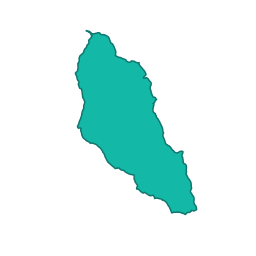 Stanceni, Mures, Romania (orthographic projection), rotated 329°
{"feature_id": "2599482B71478398242388", "entity_name": "Stanceni", "entity_type": "district", "adm_level": 2, "iso_a3": "ROU", "parent_name": "Romania", "parent_adm1": "Mures", "projection": "orthographic", "projection_center": [25.249, 46.944], "detail": "fine", "context": "isolated", "style": "filled", "palette": "teal", "viewbox_px": 256, "rotation_deg": 329, "n_neighbors": 0, "source": "geoboundaries", "source_scale": "gbopen_adm2", "svg_char_len": 5888}
<svg xmlns="http://www.w3.org/2000/svg" viewBox="0 0 256 256"><g transform="rotate(329 128 128)"><path d="M144.7,233.3L145.4,232.0L145.7,231.3L145.8,230.7L146.0,229.9L146.0,229.4L145.6,227.6L145.9,227.0L146.1,225.7L146.4,225.1L147.8,223.4L148.8,221.2L148.8,219.8L148.6,218.8L148.7,218.0L148.6,216.4L148.7,215.2L148.8,214.7L149.1,214.1L149.3,213.8L151.0,212.9L151.5,212.3L151.8,211.7L152.0,210.7L152.7,209.7L153.5,208.1L153.8,207.2L154.0,206.1L154.0,203.7L153.7,201.9L153.7,201.5L154.0,199.1L154.1,198.5L154.0,197.3L154.1,197.1L154.8,196.5L155.6,195.7L155.8,195.3L155.8,194.6L155.9,194.4L158.0,191.7L158.6,189.9L158.6,189.1L158.4,188.4L157.9,187.5L157.4,186.6L157.3,186.2L158.1,185.3L158.3,184.5L158.8,183.6L159.1,182.7L159.3,182.0L159.7,181.5L159.8,180.3L159.7,179.7L159.9,179.4L160.2,179.1L160.9,178.6L162.0,177.7L162.5,177.2L162.9,176.5L162.9,176.3L162.7,176.1L161.4,175.1L159.5,174.8L158.8,174.9L157.4,174.7L156.8,174.4L156.4,174.0L155.7,173.0L155.4,172.4L155.4,172.1L155.3,170.7L154.8,170.0L154.7,169.5L154.6,167.1L154.5,166.1L154.0,164.5L153.4,163.8L153.0,162.7L152.6,162.1L152.4,161.5L152.3,160.4L153.2,156.7L153.6,153.6L154.3,151.9L154.7,151.4L155.8,150.8L156.1,149.7L156.1,149.1L157.3,146.4L157.4,146.0L157.4,145.4L157.7,144.5L157.8,143.9L157.9,143.0L157.9,142.1L158.0,141.4L158.0,140.8L158.2,139.6L158.2,138.9L158.3,138.6L158.2,137.8L158.3,136.9L158.4,135.9L158.2,134.8L158.0,134.2L157.9,133.7L158.0,133.3L158.5,132.3L158.4,131.3L158.4,131.0L158.4,130.6L158.4,130.4L158.8,130.0L158.8,129.6L158.3,128.8L158.2,128.2L158.0,127.8L158.1,126.8L158.2,126.2L158.7,125.1L159.6,124.2L159.6,123.9L160.1,123.4L160.6,123.1L160.7,122.7L161.1,122.5L161.2,122.2L161.8,121.9L162.1,121.3L162.5,120.9L162.3,120.6L162.5,120.2L162.4,120.1L163.9,119.8L164.9,119.0L165.4,118.7L166.3,118.4L167.1,118.3L167.1,117.8L167.0,117.0L167.0,116.1L166.9,115.7L166.6,115.3L165.8,114.8L165.5,114.3L165.5,113.6L165.7,112.7L165.7,111.6L166.1,110.4L166.2,109.2L166.7,108.3L167.3,105.6L168.0,104.5L168.3,104.0L169.4,103.5L169.9,103.0L170.7,102.0L171.0,101.2L171.1,100.5L170.7,98.7L170.7,97.8L170.5,97.1L170.6,96.2L170.4,95.6L170.1,95.1L170.0,94.6L169.8,94.4L167.5,93.7L167.1,93.4L167.0,93.1L167.1,92.9L167.3,92.7L168.3,92.2L170.4,91.9L171.1,91.2L171.3,90.6L171.4,89.0L171.4,88.5L171.5,88.1L171.4,87.8L171.3,86.3L171.0,85.1L171.0,84.2L170.6,82.8L170.6,82.1L170.3,80.9L170.3,79.4L170.5,78.8L171.0,77.9L171.1,77.7L169.9,77.2L169.5,76.7L168.3,75.4L168.0,74.5L167.6,73.9L166.7,73.3L165.8,72.4L165.5,72.3L164.2,72.7L163.4,72.6L162.1,71.5L161.5,70.5L161.2,69.7L161.2,69.3L161.3,68.9L161.2,68.3L159.7,66.4L158.8,65.3L157.8,63.7L156.3,62.4L155.3,60.8L154.9,60.1L154.6,59.6L154.6,59.4L154.9,58.9L156.5,56.9L156.9,56.1L157.2,55.1L157.3,54.0L157.9,51.2L158.0,47.9L157.8,47.5L157.1,46.7L157.2,46.0L157.4,45.1L157.6,42.7L157.9,42.3L158.0,41.6L158.1,40.3L158.0,39.7L157.8,39.1L156.7,37.2L155.6,35.7L155.1,35.3L153.9,34.8L153.0,33.9L152.9,33.5L152.8,32.5L152.5,31.8L151.8,31.1L151.3,30.8L150.2,30.8L149.9,30.5L147.3,29.7L146.7,29.6L145.7,28.5L145.3,27.4L145.0,26.1L144.6,25.3L142.8,23.4L142.0,22.7L142.3,23.4L143.1,24.3L143.6,25.2L143.8,25.9L144.6,27.0L144.6,27.7L144.4,28.6L144.4,29.4L144.7,29.9L144.7,30.5L143.9,30.8L143.8,31.1L142.1,31.8L140.1,32.3L139.5,32.6L139.1,33.3L138.7,34.5L138.2,35.1L137.3,35.5L135.6,35.9L135.2,36.2L134.6,36.9L133.4,37.7L132.2,37.8L131.2,38.4L130.8,38.5L130.2,38.9L129.4,39.8L128.7,40.4L128.2,40.6L126.4,40.9L126.1,41.1L125.2,41.1L124.1,41.4L123.5,41.7L121.8,43.3L121.3,44.4L120.4,45.8L119.8,46.2L119.1,46.4L118.8,46.8L118.3,47.2L118.1,47.2L118.1,47.4L117.6,48.0L116.4,50.5L115.5,51.5L115.0,51.8L114.7,52.5L114.2,53.0L113.5,53.3L111.6,53.6L110.9,54.4L110.9,54.6L110.7,56.0L110.8,56.4L110.7,57.3L110.2,58.6L110.1,59.0L109.6,60.2L109.5,61.2L109.7,62.0L109.7,62.8L109.5,63.6L108.9,64.1L108.0,64.7L107.3,67.7L107.1,69.1L107.7,70.0L108.3,70.6L107.6,72.0L107.5,73.0L107.0,73.9L104.9,78.6L104.9,80.8L104.6,82.1L104.5,83.1L103.4,84.6L101.7,85.9L100.9,87.0L99.9,88.8L99.1,89.0L98.2,89.7L97.3,90.4L96.3,91.5L95.8,91.8L95.5,92.2L95.3,92.8L91.7,96.0L90.3,96.8L87.3,99.5L86.4,100.0L85.4,100.8L85.3,101.2L85.3,102.2L85.6,102.5L85.6,102.8L86.8,103.1L87.1,103.4L87.5,104.1L86.3,105.6L86.0,106.3L85.8,107.7L84.6,111.0L84.7,112.0L84.5,113.2L84.7,114.1L85.5,116.0L85.6,117.0L86.5,118.6L87.1,119.3L87.4,119.9L87.9,121.8L88.9,122.0L90.2,123.2L92.1,125.5L92.5,126.3L92.7,127.2L93.2,129.2L93.9,130.7L94.1,132.0L94.2,135.2L93.9,136.0L94.3,137.2L93.5,141.4L93.2,146.8L95.0,152.6L95.8,154.7L96.1,156.1L98.9,157.2L99.8,157.9L99.9,158.1L100.0,159.3L100.2,159.8L100.6,160.5L101.5,161.2L101.8,161.7L102.6,162.4L102.7,162.6L103.1,164.3L103.3,164.7L104.5,166.8L105.2,167.9L106.6,169.4L109.0,171.4L108.4,172.6L106.8,175.2L106.8,175.7L107.0,176.3L106.8,176.9L106.3,177.7L106.3,178.1L106.6,179.1L106.5,179.5L106.4,179.9L106.4,180.3L106.5,180.6L106.5,181.1L106.7,181.8L106.7,182.1L106.2,182.9L105.7,183.0L104.5,183.8L104.1,184.7L104.1,184.9L104.9,185.3L105.5,186.2L105.9,187.7L106.1,188.5L106.1,188.9L106.3,189.0L106.8,190.5L107.2,191.3L107.4,191.5L107.9,191.7L108.5,191.5L108.9,191.6L109.5,192.6L109.8,193.3L110.7,194.9L111.2,196.3L111.9,197.2L112.3,197.6L114.3,198.4L114.8,198.5L115.0,199.2L115.1,200.4L115.0,201.0L114.7,201.5L114.8,202.0L114.7,202.1L115.6,202.4L116.3,202.7L116.5,203.0L117.4,203.5L117.9,204.2L119.7,205.8L120.2,206.6L120.2,207.3L120.7,207.9L120.9,207.9L121.7,209.1L121.8,209.3L122.2,210.2L122.3,210.8L122.6,211.6L122.6,214.5L122.5,215.5L122.7,216.4L122.7,217.3L122.5,218.2L122.4,219.9L122.0,221.8L122.0,222.2L121.7,223.0L122.2,223.5L123.5,223.7L124.1,223.9L125.4,224.8L126.2,225.1L126.8,225.7L127.3,225.7L129.0,226.9L129.6,227.7L130.4,228.4L130.6,229.0L131.2,229.4L131.5,229.7L132.3,231.3L132.6,231.6L133.0,231.6L134.6,231.1L135.2,231.1L136.1,231.4L137.6,232.1L137.9,232.1L138.7,231.8L139.2,231.9L140.1,231.4L140.7,232.0L141.7,233.0L142.5,233.2L144.7,233.3Z" fill="#14b8a6" stroke="#0f766e" stroke-width="1.5"/></g></svg>